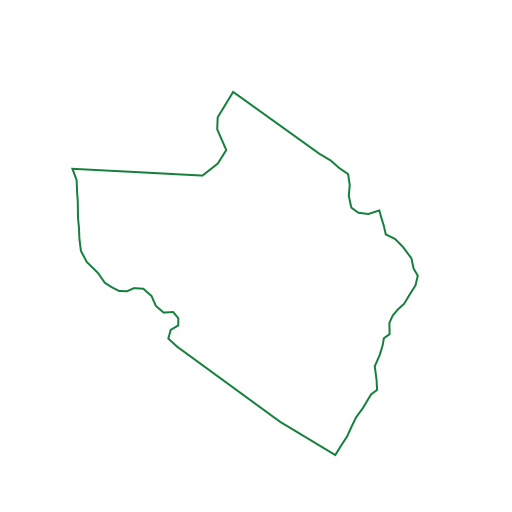 Passagem, Paraíba, Brazil, rotated 133°
{"feature_id": "56859067B98745987234759", "entity_name": "Passagem", "entity_type": "district", "adm_level": 2, "iso_a3": "BRA", "parent_name": "Brazil", "parent_adm1": "Paraíba", "projection": "natural_earth1", "projection_center": [-37.042, -7.122], "detail": "fine", "context": "isolated", "style": "outline", "palette": "green", "viewbox_px": 512, "rotation_deg": 133, "n_neighbors": 0, "source": "geoboundaries", "source_scale": "gbopen_adm2", "svg_char_len": 1018}
<svg xmlns="http://www.w3.org/2000/svg" viewBox="0 0 512 512"><g transform="rotate(133 256 256)"><path d="M347.5,62.3L336.4,64.5L325.5,66.4L314.5,70.1L305.5,72.8L294.4,74.1L278.7,77.5L271.4,76.1L264.5,83.2L255.7,93.9L243.8,98.1L234.9,102.5L228.9,106.4L222.0,105.0L214.0,112.8L206.3,115.4L198.4,115.8L189.8,115.1L179.5,117.3L168.8,119.3L160.1,124.2L157.7,132.2L151.7,140.8L149.1,155.1L148.7,165.9L151.7,175.8L146.5,183.5L142.8,190.0L138.6,196.9L148.7,202.5L154.6,210.7L155.6,219.3L148.7,229.2L140.2,235.8L133.3,244.5L134.9,255.2L135.2,266.3L138.0,279.3L151.6,384.6L180.7,378.6L189.8,370.8L198.8,350.0L214.4,347.0L233.7,350.0L317.4,449.7L322.9,438.9L331.4,430.3L337.4,423.8L344.9,416.6L350.4,411.2L356.5,404.3L363.4,397.4L371.7,387.5L375.8,375.6L376.2,359.9L378.7,348.3L377.2,340.1L375.0,332.4L369.8,326.3L362.7,323.3L356.8,316.1L356.5,305.1L360.8,295.2L360.4,285.0L353.5,278.4L354.5,270.4L359.8,265.5L368.2,268.0L376.2,263.8L376.1,251.7L360.8,125.0L347.5,62.3Z" fill="none" stroke="#15803d" stroke-width="2"/></g></svg>